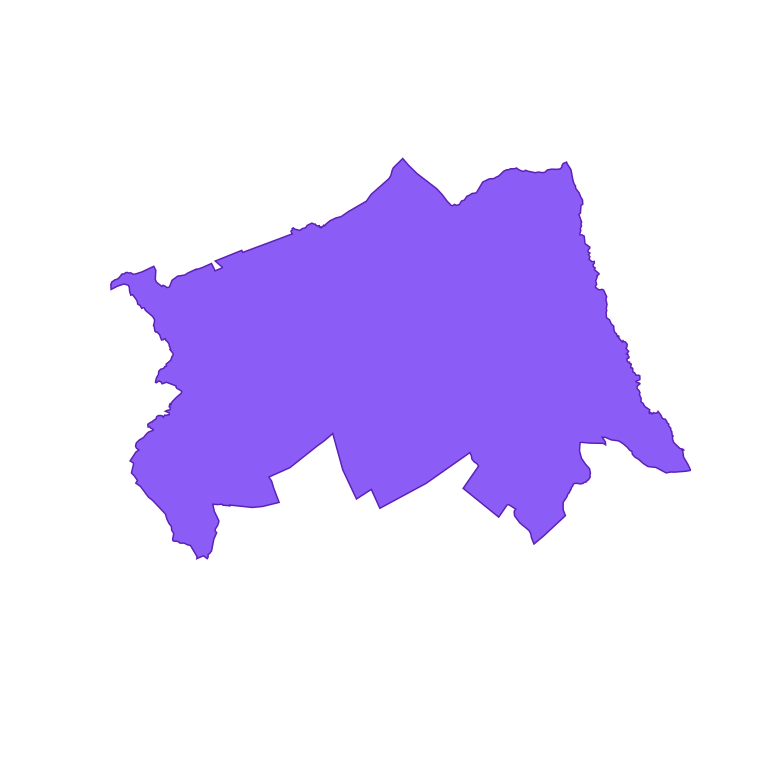 the district of Baltesti, Prahova, Romania, rotated 242°
{"feature_id": "2599482B69098006337159", "entity_name": "Baltesti", "entity_type": "district", "adm_level": 2, "iso_a3": "ROU", "parent_name": "Romania", "parent_adm1": "Prahova", "projection": "natural_earth1", "projection_center": [26.112, 45.09], "detail": "fine", "context": "isolated", "style": "filled", "palette": "violet", "viewbox_px": 768, "rotation_deg": 242, "n_neighbors": 0, "source": "geoboundaries", "source_scale": "gbopen_adm2", "svg_char_len": 6171}
<svg xmlns="http://www.w3.org/2000/svg" viewBox="0 0 768 768"><g transform="rotate(242 384 384)"><path d="M574.3,506.4L570.5,493.7L568.6,491.3L565.1,488.2L563.0,484.9L557.5,461.7L553.7,454.3L553.0,434.1L551.9,424.7L553.2,419.5L553.5,412.9L552.4,407.7L551.5,405.9L552.5,405.5L551.4,401.9L551.9,401.4L552.4,401.9L553.0,400.7L554.2,401.2L555.1,399.0L557.7,398.2L557.8,397.4L559.9,395.9L560.1,390.6L558.8,388.2L559.6,384.6L559.1,381.8L562.7,377.9L564.4,377.3L564.3,375.8L563.0,375.6L562.9,374.1L562.3,373.5L559.6,373.5L566.5,321.1L568.8,321.1L571.8,292.7L563.0,296.1L562.6,295.3L563.2,288.0L571.4,288.3L572.1,278.2L573.1,272.0L573.6,272.1L574.1,263.3L573.8,259.1L576.1,252.5L575.1,245.5L571.2,241.1L570.5,240.1L570.5,239.2L571.3,237.4L573.1,236.7L575.0,235.1L574.4,233.7L580.7,230.9L583.8,231.2L591.5,235.9L596.0,236.0L596.6,223.0L597.9,215.8L598.8,214.0L601.1,212.6L601.7,210.8L603.1,209.6L603.6,208.4L603.3,206.0L604.1,204.3L602.1,199.7L601.8,197.6L602.3,195.1L601.8,191.5L600.2,189.6L595.6,187.4L595.5,194.5L594.4,201.3L591.4,204.5L589.0,204.5L585.2,202.9L581.3,202.1L580.9,203.9L575.1,204.9L572.2,204.8L570.3,204.0L567.7,205.5L564.5,205.6L564.5,207.0L563.7,208.1L561.0,207.9L552.3,211.4L548.8,211.6L547.0,210.8L543.7,207.8L542.8,208.1L538.2,206.5L536.7,207.1L536.6,208.0L532.8,209.0L527.3,208.2L526.7,209.8L527.1,211.7L526.8,212.0L524.7,211.9L523.3,212.6L520.1,213.0L518.6,212.3L515.3,212.1L515.1,211.2L509.7,212.1L508.5,211.4L507.8,209.7L505.1,206.8L503.8,200.9L502.0,200.4L502.3,198.4L501.5,197.8L501.4,195.7L501.9,193.8L501.1,191.2L498.2,189.2L496.4,186.1L492.9,183.0L492.0,183.5L492.3,186.7L490.1,188.2L488.3,188.2L487.7,192.7L479.9,199.5L479.0,198.9L477.5,199.0L472.7,202.0L471.1,200.9L469.5,193.9L468.0,189.3L466.9,186.7L465.8,186.4L465.9,185.7L466.7,186.0L466.9,185.5L464.7,183.6L463.6,184.5L461.7,182.8L462.5,180.3L462.6,178.2L459.3,180.7L458.4,180.5L457.7,179.7L458.4,178.4L458.5,177.0L459.5,175.8L458.3,173.5L460.0,173.2L461.3,171.6L462.1,169.7L461.7,167.7L460.2,166.3L460.0,163.0L459.4,161.6L459.8,160.3L459.3,156.5L456.8,155.5L456.3,157.0L454.6,157.2L452.4,158.9L451.5,158.6L452.1,153.8L451.6,151.3L449.6,146.4L449.5,141.9L448.3,137.7L445.8,135.4L443.6,135.3L440.8,136.5L440.4,133.0L435.3,123.7L432.1,125.5L431.1,125.5L424.0,119.2L420.1,120.4L414.5,121.0L413.0,118.3L407.9,120.9L394.7,122.9L389.8,125.1L371.7,130.0L366.8,128.9L361.7,128.7L358.2,129.4L354.6,127.9L350.8,128.2L346.2,124.5L344.9,124.1L343.8,124.8L341.9,128.0L339.3,129.2L337.3,132.9L334.4,134.9L332.3,137.3L319.2,137.9L317.7,136.7L317.1,143.9L312.8,145.9L313.6,147.3L316.1,148.7L316.2,150.5L317.7,153.5L326.9,160.9L331.2,166.4L333.8,166.0L334.9,166.7L337.4,170.9L339.8,173.4L341.1,174.0L351.3,174.4L358.2,176.4L355.6,180.6L353.9,184.6L352.8,184.7L348.8,190.7L349.6,190.9L336.8,209.8L332.9,219.2L328.7,235.8L343.6,237.7L351.1,239.2L355.9,238.7L354.3,261.7L360.6,295.6L361.9,304.7L364.3,315.5L327.6,307.3L295.4,305.7L296.9,323.3L276.2,322.0L276.5,374.4L283.1,427.6L279.8,427.5L276.5,426.4L273.1,427.0L269.9,428.7L267.1,429.0L254.7,404.9L212.6,422.8L219.2,435.5L219.4,436.6L218.7,437.6L211.7,441.6L210.8,439.6L209.8,438.8L206.3,437.4L197.7,438.7L186.4,443.3L182.6,443.2L179.3,442.1L172.3,441.3L174.8,453.2L182.6,482.4L188.7,483.1L195.4,486.6L198.4,492.3L200.7,494.9L200.7,495.8L203.6,500.1L204.8,501.0L205.0,502.2L206.7,504.3L206.9,505.1L205.6,507.9L203.6,510.4L202.8,512.9L203.1,514.2L202.6,516.7L203.3,517.9L203.5,519.8L205.1,522.4L207.1,523.2L208.3,524.4L212.8,525.7L219.0,524.2L225.7,523.5L233.1,525.2L240.1,529.5L239.8,531.0L235.5,537.5L228.6,549.8L226.3,551.1L228.9,552.3L234.5,551.7L232.9,554.5L227.9,558.5L223.7,564.4L219.7,566.8L214.0,569.1L210.2,569.8L208.1,571.2L205.3,570.3L201.4,571.3L198.5,573.2L191.9,575.7L187.1,578.4L182.7,584.9L173.0,591.4L171.7,595.8L169.8,599.1L165.3,609.5L163.9,613.7L164.5,614.3L170.7,614.6L178.7,614.2L184.3,616.2L185.5,616.1L185.0,617.6L186.0,617.4L188.2,615.0L196.1,612.4L199.6,612.8L201.8,613.9L202.3,614.9L203.5,614.4L207.0,615.8L208.5,615.4L210.1,616.4L213.5,615.7L214.9,616.6L217.2,615.7L218.1,616.1L220.9,615.9L221.6,614.7L223.2,613.6L226.4,613.9L231.1,613.1L230.4,612.0L230.6,610.0L232.3,608.4L231.6,606.6L233.6,606.1L233.2,604.8L234.1,604.6L234.3,605.3L235.2,605.3L236.5,606.5L241.7,603.7L245.2,603.7L247.8,602.6L250.6,604.3L254.6,604.5L256.1,605.9L258.6,606.1L261.1,605.3L263.2,606.5L264.0,610.1L264.9,610.0L266.8,607.8L267.8,607.6L268.2,608.6L267.7,610.2L267.9,612.1L271.1,613.7L272.2,613.0L273.3,610.7L276.4,610.5L277.8,609.4L280.8,610.9L281.9,610.6L282.3,609.6L282.8,609.5L285.5,611.7L286.9,610.5L288.0,611.1L289.0,609.6L290.0,609.5L292.4,610.5L292.0,612.2L292.7,613.1L294.5,612.8L295.7,613.3L296.7,612.2L297.9,615.3L301.7,614.4L302.8,616.0L304.9,617.4L307.7,616.9L308.9,615.7L310.0,615.4L309.2,614.2L314.0,612.9L316.0,613.8L316.5,613.4L316.3,612.4L319.4,612.8L320.8,612.1L323.4,612.3L327.3,614.0L330.1,612.9L335.0,613.2L338.0,611.6L342.6,613.5L344.2,615.1L346.5,615.8L349.6,618.3L354.7,619.7L356.5,621.6L363.8,622.0L365.3,620.9L365.7,618.8L367.4,617.2L370.2,616.2L371.1,616.6L372.0,618.5L375.8,619.4L378.5,622.6L379.7,622.9L379.8,625.1L380.5,625.7L386.1,623.5L387.4,625.0L389.1,624.0L391.0,624.5L392.0,626.5L393.5,627.2L394.4,625.0L397.9,623.6L399.6,625.5L402.2,625.4L403.0,627.3L404.7,626.2L405.5,626.4L406.6,627.6L407.4,629.6L408.2,630.0L413.6,627.4L420.5,630.2L422.7,628.9L423.6,627.2L424.5,627.2L427.1,629.8L429.1,630.3L430.9,632.7L433.0,633.0L434.1,634.5L442.2,635.7L442.7,637.7L449.1,641.7L449.4,643.9L453.3,645.7L457.2,645.5L461.1,646.0L466.9,645.1L468.7,646.0L471.8,645.8L475.9,646.7L485.5,649.7L492.7,649.1L494.2,649.4L494.6,645.8L493.3,643.7L491.9,642.7L491.2,640.4L492.6,637.0L494.9,633.1L496.2,629.3L496.2,627.9L495.4,625.7L496.1,623.4L498.6,619.9L499.6,616.7L504.3,611.0L506.2,609.4L506.3,606.6L509.5,603.9L512.6,602.3L512.7,600.5L514.7,596.6L514.7,594.6L515.6,592.7L515.7,589.6L513.8,583.0L514.0,579.1L513.7,577.8L515.7,573.3L516.0,566.1L509.7,555.7L509.6,554.4L510.9,551.3L510.6,547.7L510.9,545.4L508.7,541.4L509.2,538.2L507.1,535.0L507.7,531.7L509.5,530.6L509.2,529.0L509.5,527.9L510.1,527.2L515.6,525.6L523.9,524.3L531.7,522.2L554.4,511.9L565.8,508.3L574.3,506.4Z" fill="#8b5cf6" stroke="#5b21b6" stroke-width="1.5"/></g></svg>